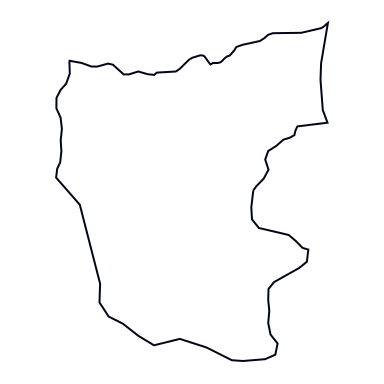 outline of Giresun
{"feature_id": "TUR-2292", "entity_name": "Giresun", "entity_type": "Province", "adm_level": 1, "iso_a3": "TUR", "parent_name": "Turkey", "parent_adm1": "", "projection": "orthographic", "projection_center": [38.652, 40.562], "detail": "fine", "context": "isolated", "style": "outline", "palette": "ink", "viewbox_px": 384, "rotation_deg": 0, "n_neighbors": 0, "source": "natural_earth", "source_scale": "10m", "svg_char_len": 1259}
<svg xmlns="http://www.w3.org/2000/svg" viewBox="0 0 384 384"><path d="M69.6,60.8L81.4,62.9L91.4,66.5L97.1,66.6L108.1,63.6L112.9,64.7L123.7,74.4L128.8,74.4L138.3,71.5L147.7,74.2L154.1,74.9L156.9,72.6L175.9,71.5L179.7,68.9L188.9,59.8L192.2,57.8L200.3,55.3L203.4,55.6L204.9,56.9L208.8,62.4L210.5,64.4L213.0,63.0L217.8,63.0L220.4,62.3L222.2,60.9L224.3,58.6L226.9,56.5L229.8,55.5L234.9,49.6L235.8,47.6L236.9,46.8L242.5,44.8L259.9,41.0L264.1,38.3L268.1,34.8L272.8,33.2L301.3,32.8L321.4,28.1L323.6,26.7L327.9,23.0L321.1,63.2L320.5,79.8L322.8,110.1L327.5,122.7L297.4,126.4L295.5,130.4L294.4,135.1L289.6,137.8L283.5,139.6L276.3,145.9L268.2,151.0L265.2,159.5L268.5,169.7L263.8,178.5L256.2,186.4L253.5,190.2L253.0,192.7L251.3,207.5L252.0,219.4L258.9,228.0L288.7,235.0L295.7,240.9L302.6,247.9L308.3,249.6L306.9,261.7L299.3,267.9L274.0,282.1L268.5,289.0L268.2,299.9L269.3,311.0L268.2,323.0L270.5,334.5L277.6,343.5L275.3,354.7L265.0,359.2L242.9,361.0L231.8,360.2L206.3,347.4L179.8,338.9L154.0,345.3L138.3,335.8L122.9,323.7L108.7,316.6L99.5,302.5L100.1,283.7L79.8,204.7L56.1,177.6L57.2,168.7L60.2,162.4L61.4,151.4L60.7,140.3L61.9,128.9L60.6,117.7L56.4,108.3L56.5,97.8L60.7,89.8L66.2,83.6L69.8,73.6L69.4,62.1L69.6,60.8Z" fill="none" stroke="#020617" stroke-width="2"/></svg>